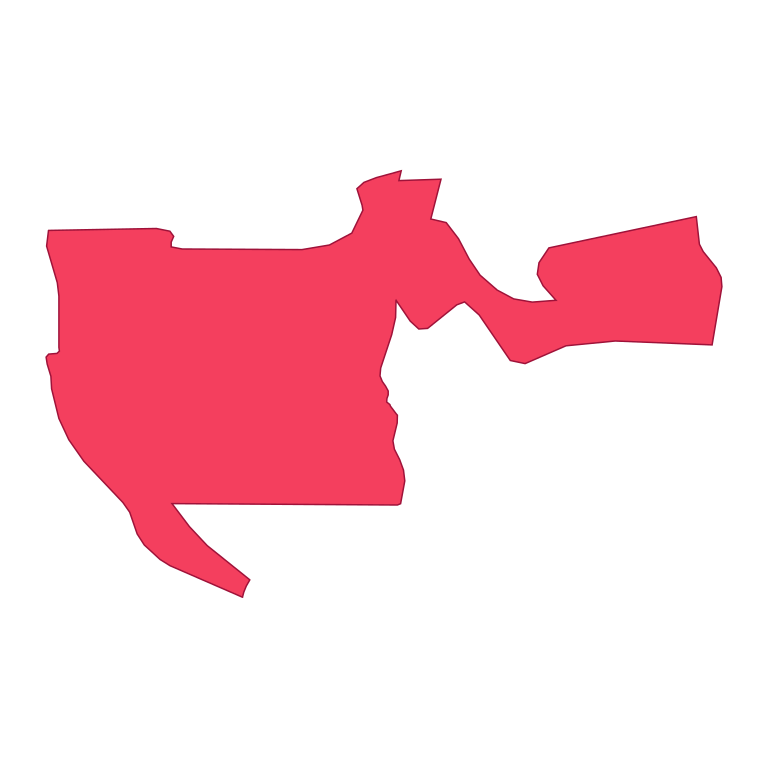 outline of Sultan Kudarat
{"feature_id": "PHL-2580", "entity_name": "Sultan Kudarat", "entity_type": "Province", "adm_level": 1, "iso_a3": "PHL", "parent_name": "Philippines", "parent_adm1": "", "projection": "mercator", "projection_center": [124.544, 6.496], "detail": "fine", "context": "isolated", "style": "filled", "palette": "rose", "viewbox_px": 768, "rotation_deg": 0, "n_neighbors": 0, "source": "natural_earth", "source_scale": "10m", "svg_char_len": 1411}
<svg xmlns="http://www.w3.org/2000/svg" viewBox="0 0 768 768"><path d="M242.5,597.2L242.4,597.2L170.0,565.7L160.1,559.5L144.3,545.0L137.2,534.0L129.7,512.2L122.9,502.5L83.9,461.3L68.8,439.7L58.9,418.5L51.6,388.8L50.9,376.3L47.2,364.1L46.1,357.1L48.7,354.1L57.0,353.4L59.4,351.1L58.9,347.4L58.9,296.1L57.3,282.7L46.6,246.1L48.5,230.5L48.6,230.4L49.9,230.4L156.4,228.5L169.9,231.2L173.7,236.4L171.2,242.1L171.2,246.9L182.2,249.0L302.0,249.6L329.4,245.0L351.8,233.1L362.9,210.2L362.1,205.3L356.9,188.7L363.8,182.5L363.9,182.4L376.4,177.6L401.2,170.8L398.9,180.6L441.0,179.2L430.8,219.0L446.2,222.6L458.5,238.7L469.2,259.1L480.1,275.2L497.2,290.1L513.7,298.9L532.3,302.1L555.8,300.3L556.0,300.3L543.1,285.8L537.3,274.3L539.0,262.7L548.9,247.9L696.3,216.6L699.4,244.2L703.2,251.6L716.3,267.8L721.1,277.4L721.9,286.7L712.1,344.9L615.2,341.0L566.0,345.8L525.1,363.6L510.3,360.5L479.2,315.0L464.6,301.9L456.6,304.9L456.6,305.0L427.6,328.4L418.8,329.0L410.3,321.2L396.1,300.3L396.0,300.5L395.6,317.5L391.7,334.7L380.7,368.0L380.0,375.9L382.3,381.5L385.6,386.2L388.2,391.0L388.2,394.9L386.9,398.6L386.7,402.0L389.9,404.6L390.4,406.1L396.1,413.7L397.4,415.2L397.2,423.0L392.9,440.8L394.4,449.2L399.7,459.7L403.5,470.1L404.8,480.9L400.6,503.7L397.4,505.0L172.0,503.6L189.4,526.6L207.2,545.6L249.4,579.5L249.8,579.9L246.3,586.0L243.8,592.1L242.5,597.1L242.5,597.2Z" fill="#f43f5e" stroke="#9f1239" stroke-width="1.5"/></svg>